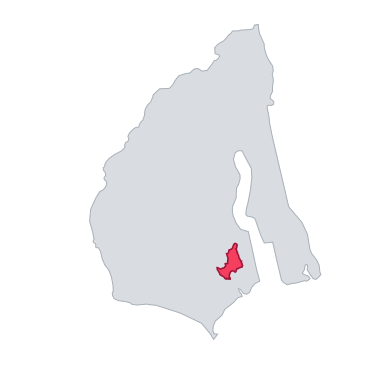 location of Kaolack, Kaolack, Senegal, rotated 257°
{"feature_id": "50182788B15645681951695", "entity_name": "Kaolack", "entity_type": "district", "adm_level": 2, "iso_a3": "SEN", "parent_name": "Senegal", "parent_adm1": "Kaolack", "projection": "albers", "projection_center": [-16.083, 14.112], "detail": "fine", "context": "in_parent", "style": "filled", "palette": "rose", "viewbox_px": 384, "rotation_deg": 257, "n_neighbors": 0, "source": "geoboundaries", "source_scale": "gbopen_adm2", "svg_char_len": 7281}
<svg xmlns="http://www.w3.org/2000/svg" viewBox="0 0 384 384"><g transform="rotate(257 192 192)"><path d="M295.3,175.9L299.9,183.8L299.0,187.7L298.1,193.3L300.7,197.3L303.7,199.9L305.9,202.3L308.3,205.6L308.8,212.3L308.5,217.1L310.0,219.2L311.4,222.0L311.2,224.3L310.4,226.3L307.5,229.0L307.1,234.1L311.9,240.0L315.0,243.3L315.0,245.2L315.9,247.2L318.1,249.6L319.5,249.0L320.9,247.0L321.6,245.6L325.6,246.2L327.6,246.7L330.2,250.6L331.2,253.3L331.9,256.5L334.7,260.6L337.1,263.5L337.6,265.3L339.8,267.7L338.6,273.2L338.8,276.0L337.5,283.3L337.2,286.8L337.4,288.1L340.6,290.6L340.4,294.3L337.1,293.8L331.4,293.4L320.1,295.6L316.2,294.9L308.7,295.2L303.4,296.4L296.7,298.9L291.5,298.4L288.7,296.6L284.9,296.7L280.7,295.8L276.2,294.0L272.1,293.2L267.7,289.8L265.6,289.3L264.2,290.2L263.0,291.3L261.7,292.0L259.3,291.4L258.4,289.2L259.1,286.9L259.3,285.2L258.2,284.3L255.5,284.1L251.2,284.1L244.2,283.5L242.6,283.1L226.9,282.7L210.7,282.8L196.9,282.8L179.5,282.9L167.3,282.9L155.9,282.9L147.1,287.4L137.6,292.3L124.8,295.0L110.1,294.0L105.3,294.7L100.5,296.9L96.9,298.4L91.8,299.4L85.2,298.6L82.6,299.0L80.9,296.8L79.0,293.2L80.2,290.6L84.2,288.9L90.3,286.7L93.4,287.8L95.3,287.9L95.6,286.4L95.0,285.7L90.5,283.7L88.1,281.2L86.2,282.7L84.5,285.8L83.1,286.7L81.0,287.6L79.9,285.5L79.4,283.4L80.3,281.8L79.9,272.8L80.4,268.1L80.2,263.9L83.0,261.1L85.7,259.4L96.2,259.3L106.0,259.2L115.4,259.3L125.0,259.3L126.0,251.0L129.0,250.3L133.6,249.4L142.0,248.4L151.5,247.4L153.5,245.8L155.0,243.0L156.0,240.5L157.9,239.4L160.6,240.2L164.0,241.5L167.6,243.5L171.8,245.4L174.5,246.6L181.1,249.5L192.4,253.5L201.6,255.1L212.8,252.0L220.9,250.0L221.8,246.4L220.5,242.9L214.5,239.7L206.3,240.1L203.8,241.0L200.0,242.1L197.7,242.6L193.9,241.8L189.0,239.1L185.9,236.3L181.6,235.0L176.5,233.8L168.3,228.0L164.0,227.0L159.9,226.7L152.2,227.9L144.6,231.0L140.7,238.0L133.1,237.9L116.9,237.7L102.1,237.5L89.9,238.0L88.7,232.9L85.8,228.8L81.1,225.4L80.1,222.2L81.7,219.4L86.3,217.1L87.3,215.5L84.9,215.7L81.3,217.2L78.9,217.3L78.7,212.9L74.7,207.1L70.2,197.5L65.2,193.5L61.0,185.7L56.6,182.6L52.5,181.2L49.0,181.5L47.7,185.0L43.4,179.9L49.3,178.1L62.0,171.7L76.7,153.3L89.7,131.5L91.4,126.4L93.0,122.5L94.1,113.6L96.0,108.3L97.7,107.2L99.9,103.2L102.6,96.0L105.6,92.1L109.0,91.3L111.6,91.6L113.5,93.1L118.9,94.0L128.0,94.4L135.0,93.3L140.0,90.8L146.5,89.5L154.5,89.5L158.7,88.4L159.2,86.4L160.2,85.7L161.9,86.5L163.5,86.2L165.0,84.7L166.4,84.6L167.9,85.9L174.7,86.2L186.7,85.7L197.8,89.3L208.1,97.2L213.4,102.5L213.7,105.2L215.5,107.9L218.5,110.6L221.3,111.0L223.9,109.3L225.8,109.5L227.3,111.5L230.2,111.9L233.5,110.6L235.8,111.0L236.2,112.3L236.7,112.9L238.3,113.2L240.4,114.7L243.5,119.0L245.9,124.9L247.9,132.4L250.4,136.5L253.5,137.2L255.3,138.7L255.6,140.5L256.5,141.7L258.0,142.4L260.6,142.0L263.7,144.5L267.0,150.0L267.6,152.5L267.1,153.9L267.3,154.9L269.5,155.8L271.5,157.6L273.2,160.3L276.9,162.7L282.5,164.7L286.5,167.9L289.1,172.1L294.2,175.6L295.3,175.9Z" fill="#d9dde1" stroke="#a8b0b8" stroke-width="1"/><path d="M124.0,211.8L123.9,211.8L123.7,211.8L123.4,211.8L123.1,211.8L122.8,211.9L122.5,211.9L122.3,211.9L121.8,212.0L121.1,212.0L120.9,212.0L120.7,212.1L120.3,212.1L120.0,212.1L119.9,212.1L119.5,212.2L119.1,212.2L118.8,212.1L118.7,212.0L118.4,211.9L118.1,211.7L117.1,211.3L116.7,211.3L116.0,211.0L115.2,210.9L114.8,210.8L114.5,210.7L114.3,210.7L114.2,210.4L114.2,210.1L114.3,209.8L114.5,209.6L114.6,209.2L114.8,208.8L114.8,208.6L114.7,208.4L114.7,208.2L114.3,208.1L113.8,208.2L113.3,208.2L112.9,208.2L112.3,208.1L112.2,208.0L111.9,207.9L111.8,207.4L111.6,206.9L111.4,206.8L111.2,206.7L111.2,206.4L110.8,206.2L110.7,206.1L110.7,205.9L110.7,205.4L111.0,204.6L111.0,204.3L110.8,203.9L110.6,203.4L110.6,202.8L110.6,202.4L111.0,201.8L111.3,201.3L111.7,201.1L112.4,200.2L112.6,199.7L112.7,199.4L112.1,199.4L111.7,199.3L111.1,199.2L110.8,199.2L110.4,199.3L110.0,199.5L109.8,199.6L109.3,199.8L109.2,199.8L108.6,200.0L108.2,200.1L107.6,200.3L107.3,200.4L107.2,200.4L106.9,200.5L106.5,200.6L105.9,200.6L105.7,200.7L105.4,200.7L105.0,200.9L104.7,201.0L104.5,201.4L104.4,201.5L104.2,201.7L104.1,201.9L103.9,202.0L103.7,202.2L103.6,202.3L103.4,202.5L103.1,203.0L102.8,203.2L102.7,203.3L102.4,203.6L102.2,203.8L101.7,204.2L101.1,204.3L100.6,204.6L100.4,204.7L100.2,204.7L100.1,204.8L100.0,205.0L100.1,205.5L99.8,205.6L100.0,205.9L100.2,206.0L100.2,206.3L100.1,206.5L100.1,206.4L99.9,206.4L99.9,206.5L99.7,206.5L99.4,206.2L99.3,206.3L99.4,206.5L99.4,207.0L99.3,207.3L99.4,207.5L99.6,208.0L99.5,208.3L99.3,208.3L99.4,208.5L99.5,208.6L99.8,208.8L99.7,208.9L99.4,208.7L99.2,208.7L99.3,208.9L99.2,209.0L98.9,208.9L98.9,209.1L98.9,209.3L98.7,209.4L98.4,209.4L98.4,209.5L98.5,209.6L98.7,209.8L98.8,209.8L98.9,209.7L99.3,209.6L99.5,209.7L99.8,209.7L100.2,209.7L100.3,209.7L100.5,209.6L101.1,209.3L101.5,209.4L102.4,209.5L102.6,209.6L102.9,209.9L103.2,210.1L103.3,210.2L103.6,210.2L103.6,210.3L104.0,210.6L104.3,210.6L104.4,210.8L104.5,210.8L104.8,211.1L104.9,211.3L105.1,211.4L105.2,211.5L105.4,211.6L105.7,211.8L105.8,211.9L105.8,212.1L105.9,212.4L105.9,212.5L105.9,213.0L106.0,213.1L106.0,213.3L106.0,213.5L106.0,213.9L106.0,214.1L106.0,214.3L106.0,214.5L105.9,214.5L105.7,214.9L105.6,215.0L105.3,215.1L105.2,215.2L105.1,215.3L104.6,215.6L104.3,215.8L104.2,216.0L104.2,216.3L104.3,216.4L104.4,216.6L104.5,216.7L104.7,216.9L105.0,217.2L105.2,217.4L105.3,217.5L105.7,217.6L105.8,217.6L106.0,217.7L106.8,218.0L107.0,218.1L107.1,218.3L107.0,218.6L107.1,218.9L107.2,219.1L107.0,219.3L106.9,219.5L107.1,219.6L107.1,219.8L107.3,220.0L107.3,220.3L107.4,221.0L107.4,221.3L107.5,221.5L107.5,221.9L107.5,222.1L107.5,222.4L107.6,222.8L107.9,223.4L107.8,223.5L107.7,223.6L107.6,223.8L108.0,224.1L108.7,224.6L108.9,224.7L109.0,224.8L109.3,224.7L110.0,224.6L110.3,224.5L110.5,224.4L110.8,224.4L110.9,224.5L111.0,224.5L111.4,224.7L111.5,224.6L111.6,224.4L111.8,224.3L112.2,224.2L112.6,224.4L112.8,224.4L113.0,224.5L113.4,224.5L113.5,224.6L113.6,224.4L113.7,224.2L113.9,224.0L114.1,224.0L114.5,223.8L114.9,223.8L115.1,223.7L115.3,223.6L115.5,223.6L115.8,223.5L115.9,223.4L116.0,223.5L116.3,223.3L116.4,223.2L116.7,223.1L117.0,223.1L117.3,223.0L117.7,223.0L117.8,223.0L118.3,223.1L118.7,223.1L118.8,223.1L119.0,223.1L119.5,223.1L119.8,223.1L120.1,223.1L120.4,222.9L120.5,222.9L120.9,222.6L121.0,222.6L121.4,222.6L121.5,222.6L121.9,222.6L122.0,222.5L122.5,222.4L122.8,222.3L123.0,222.3L123.4,222.2L123.5,222.2L123.5,222.3L123.6,222.2L123.8,222.2L124.0,222.3L124.4,222.4L124.7,222.4L124.9,222.4L125.5,222.5L125.7,222.4L125.8,222.3L125.9,222.2L126.2,222.0L126.4,221.9L126.5,221.9L126.8,221.9L126.8,222.0L127.0,222.2L127.1,222.5L127.3,222.8L127.5,223.0L127.8,223.1L128.1,223.2L128.5,223.3L128.9,223.5L129.1,223.5L129.3,223.6L129.4,223.8L129.5,223.8L129.9,224.0L130.3,224.0L130.5,224.0L130.8,224.1L131.4,223.6L131.7,223.3L131.9,223.1L132.2,222.4L132.2,221.8L132.0,221.6L131.8,221.3L131.5,220.9L131.1,220.6L130.7,220.3L129.7,219.7L129.3,219.5L128.7,219.1L128.2,218.6L128.0,218.3L127.5,217.8L127.5,217.3L127.4,217.3L127.4,216.7L127.2,216.4L127.2,215.9L127.2,215.4L127.1,214.9L126.9,214.9L126.7,214.9L126.5,214.7L126.4,214.7L126.2,214.7L125.9,214.5L125.7,214.4L125.5,214.2L125.2,214.1L124.5,213.6L124.2,213.2L124.0,212.7L123.9,212.6L123.9,212.4L123.7,212.2L124.0,211.8Z" fill="#f43f5e" stroke="#9f1239" stroke-width="1.5"/></g></svg>